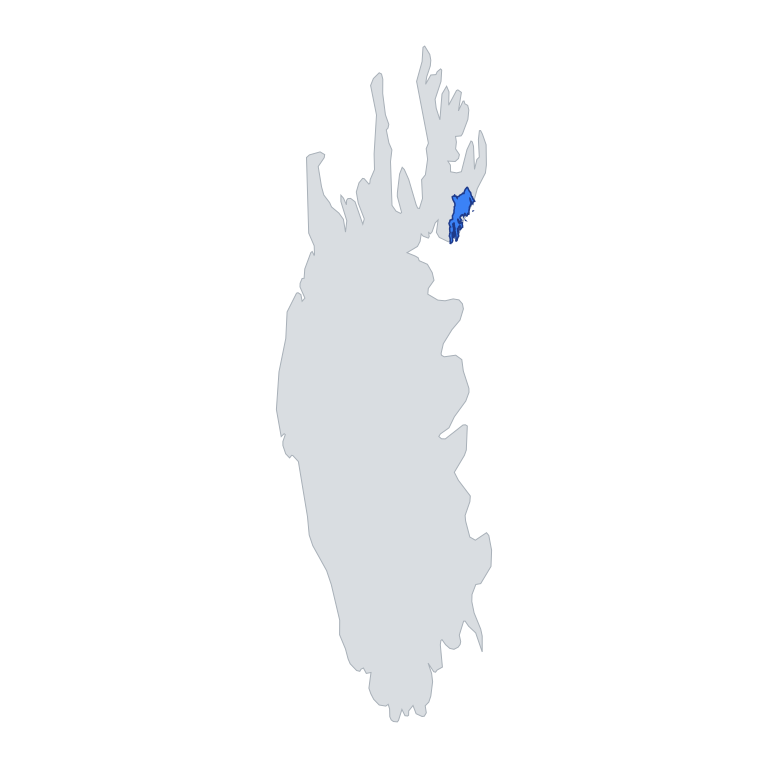 location of Árneshreppur, Vestfirðir, Iceland, rotated 90°
{"feature_id": "244011B92022671609099", "entity_name": "Árneshreppur", "entity_type": "district", "adm_level": 2, "iso_a3": "ISL", "parent_name": "Iceland", "parent_adm1": "Vestfirðir", "projection": "equal_earth", "projection_center": [-21.632, 66.077], "detail": "fine", "context": "in_parent", "style": "filled", "palette": "blue", "viewbox_px": 768, "rotation_deg": 90, "n_neighbors": 0, "source": "geoboundaries", "source_scale": "gbopen_adm2", "svg_char_len": 9184}
<svg xmlns="http://www.w3.org/2000/svg" viewBox="0 0 768 768"><g transform="rotate(90 384 384)"><path d="M594.5,296.0L601.6,296.2L612.9,293.9L629.1,287.3L636.0,285.8L651.9,285.8L632.9,292.3L626.2,299.4L621.1,302.9L621.2,304.4L635.1,308.7L641.6,307.3L644.5,307.9L647.2,309.9L649.3,314.0L648.4,318.2L644.7,322.4L639.6,326.0L640.5,327.1L644.8,327.7L667.1,325.6L670.0,330.8L672.2,332.5L671.7,334.3L663.1,339.9L673.4,336.4L681.7,335.4L696.1,337.2L702.1,339.2L705.8,342.8L712.8,341.7L716.2,343.7L716.5,345.9L713.7,351.9L705.5,355.0L710.9,359.3L715.2,359.4L716.0,360.4L715.7,363.0L709.4,366.1L720.4,369.5L721.9,370.7L721.5,374.6L719.9,376.8L716.7,378.2L708.9,378.4L704.3,379.8L706.1,382.2L705.0,388.8L699.3,394.3L693.7,397.2L688.2,399.1L672.5,397.0L673.4,401.7L668.0,404.6L669.2,407.0L671.3,408.2L670.5,411.4L663.8,417.8L658.9,419.9L649.0,422.5L634.8,428.4L620.2,428.3L584.6,436.7L570.6,441.4L545.7,455.2L535.0,458.8L516.7,460.5L461.6,469.6L455.6,475.1L455.3,476.3L457.9,478.4L453.8,482.3L445.5,485.1L441.5,485.1L434.6,482.7L433.7,483.9L436.6,486.8L409.5,491.6L371.8,489.0L338.4,482.2L311.9,480.9L293.2,471.5L292.7,470.0L294.6,467.1L301.3,465.9L298.1,463.1L286.9,468.0L283.3,467.9L278.5,465.9L278.3,463.9L268.9,463.2L252.7,457.2L251.5,455.8L255.3,453.9L254.6,453.5L245.8,453.8L233.1,459.3L157.5,461.5L154.9,458.6L151.9,447.9L154.6,443.3L157.7,443.8L166.5,449.8L186.7,446.5L195.0,444.2L202.6,438.4L206.9,436.5L213.1,429.1L219.3,424.6L232.1,422.5L220.7,421.2L201.6,427.1L195.2,427.1L198.2,424.5L204.8,421.6L200.3,421.4L198.6,420.1L198.4,417.4L201.7,413.0L224.2,405.2L218.9,403.7L203.3,409.7L192.0,411.7L182.8,409.0L178.4,405.4L178.7,403.8L184.1,399.1L183.3,398.2L179.6,397.8L169.6,393.5L153.9,393.9L115.0,391.5L85.5,397.4L78.5,394.6L72.8,388.8L74.0,386.5L79.2,385.2L93.5,385.3L114.7,382.6L124.4,379.2L128.1,380.0L129.9,381.7L142.9,379.1L149.9,376.1L161.5,377.5L205.4,376.0L211.1,372.0L213.4,367.4L212.4,366.4L196.3,370.7L192.6,370.6L174.0,368.4L167.3,365.8L169.5,363.7L179.4,359.3L204.6,351.9L208.1,350.4L208.5,348.6L198.5,345.5L179.6,346.4L174.8,342.6L159.2,340.4L148.7,341.8L143.2,339.6L81.4,351.4L61.5,345.9L47.3,345.0L46.1,343.3L54.5,338.2L60.2,337.2L65.9,337.7L76.8,341.3L84.3,342.4L75.0,337.2L74.6,332.1L71.7,330.8L68.9,327.4L70.1,326.3L81.4,327.0L99.3,332.9L108.2,331.8L119.8,328.1L94.0,326.0L86.2,321.4L91.9,319.0L105.2,319.3L90.5,311.5L89.9,310.1L92.4,306.6L110.9,309.6L101.2,305.0L101.0,304.0L103.8,303.1L105.4,300.3L110.0,299.2L119.3,300.1L133.8,305.5L135.9,307.0L136.4,312.5L142.1,311.6L148.9,312.4L154.6,308.6L158.5,309.5L161.5,312.8L161.1,320.2L165.1,317.6L171.8,317.4L172.9,311.4L171.7,306.6L149.6,301.0L141.0,297.0L141.9,295.7L146.3,294.5L169.4,293.5L159.5,291.1L157.1,288.7L139.6,289.6L130.7,288.6L130.6,287.4L134.1,285.6L144.7,281.9L164.9,281.6L173.0,282.6L188.6,290.7L201.1,294.1L222.0,305.3L235.4,309.5L236.0,310.6L233.8,311.9L228.7,313.4L236.6,315.4L241.4,318.3L241.8,319.6L237.4,328.7L232.4,331.6L219.9,329.9L222.9,332.8L231.8,335.9L233.8,337.6L232.5,339.3L236.7,338.8L238.1,339.7L236.1,344.9L233.9,346.8L241.3,347.9L246.4,350.5L252.7,361.0L256.0,352.9L257.7,349.9L260.7,348.8L264.3,340.6L272.6,335.8L280.3,334.0L288.4,339.7L294.2,340.2L300.1,330.2L300.8,322.9L298.9,314.8L299.9,309.0L303.8,305.6L308.9,304.6L320.1,308.0L329.6,316.0L343.7,324.7L353.4,326.9L355.2,326.6L356.8,323.8L355.2,312.3L359.6,306.2L371.0,304.7L388.3,299.1L392.3,299.0L401.0,302.2L416.7,313.6L427.8,319.0L433.9,327.6L436.5,329.2L438.8,326.5L438.9,322.7L425.0,305.0L424.8,302.6L426.0,300.7L450.0,301.7L455.4,303.6L472.3,313.7L480.3,309.6L496.0,297.7L501.6,298.1L515.5,302.9L521.0,302.4L537.0,298.2L540.2,292.7L532.7,281.5L535.5,279.2L550.3,276.4L566.4,277.0L583.6,287.3L584.5,292.2L594.5,296.0Z" fill="#d9dde1" stroke="#a8b0b8" stroke-width="1"/><path d="M187.7,300.3L187.5,300.5L187.4,300.7L187.3,300.8L187.4,301.1L187.8,301.5L188.4,301.8L188.9,302.4L189.5,302.8L191.4,303.6L192.6,303.9L193.5,304.0L193.6,304.3L193.1,305.1L194.5,306.5L194.6,306.8L194.9,307.4L194.9,307.7L195.1,308.1L195.7,308.5L196.5,309.2L196.4,309.6L196.6,310.2L197.4,310.7L198.2,310.8L197.7,311.3L196.3,311.7L196.4,312.1L196.2,312.7L195.2,313.1L195.0,313.4L195.2,313.5L196.0,313.8L196.3,314.0L196.2,314.4L196.1,314.6L196.4,315.1L196.6,315.7L197.5,315.7L198.7,315.4L200.1,314.9L201.9,313.9L203.2,313.2L204.2,313.1L205.3,313.0L206.1,313.2L206.4,313.4L206.6,313.7L206.9,313.8L207.5,313.7L208.5,313.6L210.2,314.0L211.7,314.0L212.8,314.1L213.4,314.3L214.1,314.8L214.9,315.0L215.6,315.5L215.8,315.6L217.4,315.5L219.1,315.3L219.4,315.4L219.5,315.6L219.6,316.4L219.5,316.6L220.1,317.2L220.0,317.7L220.1,317.9L220.7,318.1L221.7,318.2L222.1,318.4L222.2,318.5L222.3,318.6L222.8,318.8L223.0,318.9L223.4,319.0L223.7,319.0L224.6,318.6L225.9,318.3L226.9,317.4L227.0,317.4L227.0,317.8L227.2,318.0L227.3,318.1L227.8,318.3L229.3,318.4L229.6,318.3L229.9,318.2L231.2,318.2L231.7,318.1L232.2,317.8L232.5,317.9L232.9,317.9L233.3,318.3L234.3,318.3L235.9,318.7L236.2,318.7L237.0,318.2L238.5,317.9L238.7,317.7L240.4,317.8L241.5,317.7L241.6,317.8L243.3,317.8L243.3,317.6L243.4,317.4L242.8,317.3L242.7,316.9L242.8,316.6L242.8,316.4L242.4,316.0L242.0,315.8L241.7,315.6L241.4,315.5L241.1,315.5L240.9,315.3L240.6,315.2L239.7,315.4L238.8,315.5L237.8,315.6L237.4,315.6L236.7,315.8L234.6,315.8L232.8,316.0L232.4,315.8L232.5,315.6L233.3,315.3L233.9,315.2L235.8,315.0L236.3,314.8L237.4,314.4L237.7,314.0L236.8,313.8L236.4,313.7L236.1,313.7L235.6,313.7L234.7,313.7L234.0,313.9L233.8,313.8L233.3,314.1L233.0,314.0L232.8,314.1L232.7,314.1L231.4,314.5L229.1,314.3L228.4,314.4L228.0,314.5L227.1,314.7L226.4,315.0L225.5,314.8L225.2,314.9L224.8,315.2L224.4,315.2L223.7,315.0L223.7,314.9L224.0,314.8L224.0,314.5L223.6,314.4L223.1,314.3L223.0,314.0L223.2,313.8L224.6,313.8L225.3,313.6L226.2,313.6L227.4,313.3L227.8,313.1L228.7,313.0L229.0,312.9L229.4,313.1L229.8,313.0L230.7,313.2L231.2,313.1L231.5,313.0L231.7,312.8L232.9,312.7L233.7,312.4L234.3,312.3L234.5,312.4L235.1,312.2L236.3,312.1L236.9,312.2L237.1,312.1L237.8,312.0L238.5,312.1L239.3,312.0L239.5,312.1L239.8,312.0L240.1,312.0L240.4,312.2L240.8,312.1L241.1,311.9L241.0,311.6L240.8,311.4L240.7,311.2L240.4,311.0L240.3,310.9L239.6,310.8L238.7,310.5L238.3,310.5L238.0,310.3L237.6,310.2L237.0,310.0L237.0,309.8L236.5,309.6L236.4,309.4L235.8,309.3L235.6,309.5L235.3,309.4L235.0,309.5L234.8,309.5L234.2,309.9L233.8,309.7L233.6,310.0L233.2,309.9L233.3,309.8L233.2,309.8L232.8,309.8L232.7,310.0L232.2,309.9L231.6,310.3L231.4,310.3L230.7,310.2L229.9,310.4L229.6,310.4L229.4,310.3L228.7,310.4L228.6,310.0L228.6,309.9L228.0,309.8L227.8,309.6L227.0,309.4L226.7,309.2L227.1,308.9L227.0,308.6L225.5,308.1L225.7,307.9L226.1,307.7L227.0,307.9L226.9,308.0L227.2,307.9L229.0,308.2L229.6,308.2L229.8,308.1L229.5,307.8L229.4,307.6L228.7,307.1L228.6,306.9L228.3,306.9L228.4,306.7L228.1,306.6L227.8,306.2L227.3,306.0L227.3,305.9L227.2,305.7L227.2,305.4L225.9,305.4L225.1,305.5L224.8,305.7L224.2,305.7L223.8,305.7L223.3,305.6L223.1,305.7L222.6,305.6L222.6,305.8L222.3,306.0L222.1,306.6L222.5,306.9L223.3,307.3L223.5,308.1L223.4,308.2L223.4,308.3L223.2,308.8L222.6,309.4L222.1,309.6L221.7,309.6L221.5,309.8L220.9,309.9L220.0,310.3L219.6,310.3L219.2,310.1L219.3,309.9L220.6,309.3L221.3,308.9L221.8,308.1L221.7,307.9L221.0,307.3L220.2,306.9L219.9,306.9L219.9,306.7L219.7,306.9L219.4,306.9L218.6,307.6L217.7,308.0L217.2,307.9L216.8,307.8L216.4,307.5L216.1,307.4L215.9,307.2L215.6,307.0L215.7,306.8L215.5,306.7L215.9,306.5L215.9,306.3L215.8,306.1L215.4,305.8L215.2,305.8L215.0,305.6L214.7,305.5L214.7,305.3L214.9,305.2L215.1,305.2L215.4,304.8L215.2,304.7L215.3,304.5L215.5,304.5L215.6,304.4L215.8,304.4L215.9,304.2L216.2,304.2L215.5,303.8L215.2,303.8L215.2,303.7L214.3,303.6L214.2,303.4L214.0,303.5L213.6,303.4L213.4,303.2L213.5,302.9L213.9,302.8L214.2,302.9L214.3,302.7L215.0,302.7L214.8,302.4L215.3,302.0L215.7,301.5L215.9,301.4L216.0,301.2L215.8,300.9L215.4,300.7L214.1,300.6L213.4,300.3L213.5,299.8L213.9,299.5L214.9,299.2L213.5,299.2L213.3,299.1L213.2,299.0L212.5,299.1L212.3,299.1L212.2,299.0L211.8,299.0L211.5,299.1L210.2,299.0L210.2,298.9L209.9,298.9L209.6,298.8L209.3,298.8L209.2,298.7L208.4,298.6L207.9,298.7L207.5,298.5L207.4,298.6L207.0,298.6L206.4,298.3L206.3,298.1L206.0,298.0L206.0,297.8L205.9,297.8L205.8,297.7L205.7,297.8L205.2,297.7L204.8,297.6L204.6,297.4L204.6,297.2L204.4,297.1L204.0,297.2L203.5,297.0L203.0,297.1L202.8,297.0L201.9,297.3L201.1,297.6L200.6,297.6L200.4,297.8L200.1,297.8L199.9,297.9L199.5,297.9L199.3,297.9L199.4,298.0L199.1,298.1L198.6,298.1L198.9,297.8L199.2,297.7L199.6,297.5L200.5,297.2L201.5,296.8L203.3,296.3L203.1,296.2L203.1,295.9L203.4,295.8L203.4,295.7L203.5,295.5L203.6,295.4L203.8,295.2L202.7,295.1L201.5,294.7L201.4,294.4L201.5,294.2L201.4,293.7L201.5,293.7L201.4,293.7L201.4,293.3L201.3,293.2L200.7,293.6L200.4,293.9L199.1,294.6L199.0,295.2L198.1,295.3L196.9,295.6L196.7,296.2L195.5,296.7L194.2,297.1L193.3,297.2L192.6,297.4L192.6,297.5L191.6,298.2L190.9,298.8L189.7,299.4L187.7,300.3ZM230.7,309.7L230.3,309.8L230.2,309.8L230.4,310.0L230.7,309.9L230.8,309.9L230.6,309.8L230.7,309.7ZM220.2,303.0L220.3,302.6L220.2,302.7L220.2,303.0ZM211.0,295.5L211.1,295.3L211.0,295.2L211.0,295.4L211.0,295.5ZM219.1,303.3L219.1,303.0L219.1,303.3Z" fill="#3b82f6" stroke="#1e3a8a" stroke-width="1.5"/></g></svg>